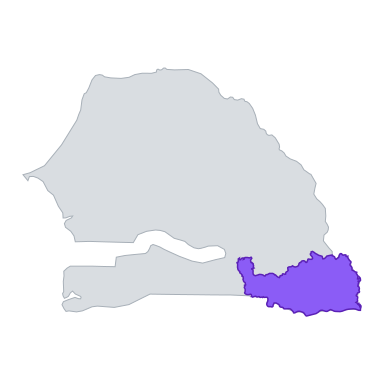 where Kédougou sits in Senegal
{"feature_id": "SEN-5515", "entity_name": "Kédougou", "entity_type": "Region", "adm_level": 1, "iso_a3": "SEN", "parent_name": "Senegal", "parent_adm1": "", "projection": "albers", "projection_center": [-12.553, 12.877], "detail": "fine", "context": "in_parent", "style": "filled", "palette": "violet", "viewbox_px": 384, "rotation_deg": 0, "n_neighbors": 0, "source": "natural_earth", "source_scale": "10m", "svg_char_len": 8466}
<svg xmlns="http://www.w3.org/2000/svg" viewBox="0 0 384 384"><path d="M310.9,174.3L316.1,183.4L315.0,187.8L313.8,194.1L316.7,198.8L320.1,201.8L322.6,204.6L325.3,208.4L325.8,216.0L325.3,221.5L327.0,224.0L328.5,227.1L328.2,229.8L327.3,232.1L324.0,235.1L323.4,240.9L328.8,247.8L332.2,251.5L332.2,253.7L333.2,256.0L335.7,258.8L337.3,258.1L339.0,255.9L339.8,254.3L344.4,255.0L346.6,255.7L349.5,260.2L350.6,263.2L351.4,267.0L354.5,271.7L357.2,275.0L357.7,277.1L360.1,279.9L358.7,286.1L358.9,289.3L357.3,297.7L356.9,301.6L357.0,303.1L360.7,306.1L360.3,310.3L356.6,309.6L350.1,309.1L337.2,311.4L332.7,310.5L324.2,310.8L318.2,312.0L310.5,314.8L304.5,314.1L301.3,311.9L297.0,312.1L292.2,310.9L287.1,308.8L282.5,307.8L277.5,303.9L275.1,303.2L273.5,304.2L272.1,305.5L270.6,306.3L267.9,305.6L266.9,303.0L267.7,300.4L268.0,298.5L266.7,297.4L263.6,297.1L258.7,297.1L250.7,296.3L248.9,295.8L231.0,295.0L212.5,294.9L196.8,294.7L176.9,294.5L163.0,294.3L150.0,294.1L139.9,299.1L128.9,304.6L114.3,307.4L97.4,306.1L92.0,306.8L86.4,309.2L82.3,310.9L76.5,311.9L69.0,310.9L66.0,311.4L64.1,308.8L62.0,304.7L63.4,301.7L68.0,299.8L75.0,297.4L78.5,298.7L80.6,298.8L81.1,297.2L80.4,296.3L75.3,294.0L72.6,291.1L70.4,292.8L68.4,296.3L66.8,297.3L64.4,298.3L63.1,295.9L62.6,293.5L63.7,291.7L63.3,281.4L64.0,276.0L63.8,271.2L67.1,268.1L70.2,266.2L82.2,266.2L93.4,266.2L104.1,266.5L115.1,266.7L116.3,257.2L119.8,256.5L125.0,255.5L134.7,254.5L145.4,253.5L147.8,251.7L149.6,248.5L150.7,245.7L153.0,244.5L156.0,245.5L159.9,247.0L164.0,249.3L168.7,251.5L171.8,252.9L179.3,256.3L192.1,261.1L202.6,263.1L215.4,259.7L224.7,257.6L225.8,253.5L224.4,249.4L217.6,245.7L208.2,246.1L205.4,247.1L201.0,248.3L198.4,248.7L194.0,247.8L188.4,244.6L184.9,241.4L180.0,239.9L174.2,238.3L164.9,231.7L160.1,230.4L155.5,230.0L146.6,231.3L137.9,234.7L133.3,242.6L124.6,242.4L106.2,241.9L89.3,241.4L75.3,241.8L74.0,235.9L70.8,231.3L65.5,227.3L64.4,223.6L66.2,220.4L71.4,217.9L72.7,216.0L69.9,216.3L65.8,217.9L63.1,218.0L62.8,212.9L58.4,206.3L53.5,195.2L47.8,190.6L43.1,181.6L38.0,178.1L33.4,176.4L29.4,176.6L27.9,180.7L23.0,174.7L29.9,172.8L44.5,165.7L61.5,144.9L76.8,120.2L78.8,114.4L80.7,110.0L82.0,99.8L84.2,93.8L86.3,92.7L88.8,88.0L92.0,79.9L95.5,75.5L99.4,74.6L102.3,75.1L104.5,76.8L110.7,77.9L121.1,78.4L129.1,77.3L134.8,74.6L142.3,73.2L151.5,73.3L156.3,72.1L156.8,69.8L158.0,69.1L159.9,70.1L161.8,69.7L163.5,68.1L165.2,68.0L166.8,69.4L174.5,69.9L188.3,69.5L201.0,73.8L212.6,83.0L218.6,89.1L218.9,92.2L220.8,95.3L224.3,98.4L227.5,99.0L230.4,97.0L232.7,97.3L234.3,99.6L237.7,100.1L241.4,98.7L244.0,99.2L244.5,100.6L245.1,101.4L246.9,101.7L249.3,103.5L252.7,108.4L255.4,115.1L257.5,123.8L260.3,128.6L263.8,129.3L265.8,131.1L266.2,133.2L267.2,134.6L268.9,135.4L271.9,134.9L275.3,137.9L279.1,144.2L279.6,147.1L279.1,148.6L279.3,149.8L281.8,150.9L284.1,152.9L286.0,156.1L290.2,158.9L296.5,161.3L301.1,164.9L303.9,169.8L309.7,173.9L310.9,174.3Z" fill="#d9dde1" stroke="#a8b0b8" stroke-width="1"/><path d="M332.0,255.0L332.1,255.7L332.6,255.8L334.0,256.5L334.5,256.8L334.7,257.2L335.0,258.3L335.3,258.7L335.9,259.3L336.2,259.3L336.5,259.0L338.8,257.2L339.0,256.1L339.3,255.0L339.9,254.0L340.7,253.6L341.5,253.7L341.9,254.1L342.2,254.7L342.8,255.1L343.3,255.2L344.4,254.9L345.7,254.9L346.0,255.1L345.9,255.9L346.1,256.5L346.7,256.6L347.4,256.4L347.8,256.2L347.8,257.4L348.2,258.5L349.5,260.4L350.8,261.5L351.0,262.1L350.9,262.7L350.3,263.7L350.0,264.3L350.2,265.3L350.7,266.0L351.4,266.6L351.9,267.4L352.0,269.4L352.2,270.3L353.2,270.5L354.0,271.0L354.6,271.5L355.3,271.9L356.2,272.1L356.8,272.3L356.7,272.7L356.4,273.2L356.3,273.5L357.1,274.6L357.4,275.3L357.6,275.6L357.8,275.8L358.3,276.1L358.2,276.3L357.9,276.5L357.8,276.8L357.8,277.3L357.6,278.4L357.5,278.9L358.3,279.1L359.0,278.8L359.4,278.2L359.5,277.2L360.0,277.7L360.2,278.2L360.4,278.9L360.5,280.4L360.3,280.7L359.9,280.9L359.5,281.3L359.2,281.3L358.9,281.1L358.5,281.0L358.1,281.2L358.1,281.5L358.3,281.9L358.7,282.1L358.8,282.4L358.6,283.0L358.3,283.6L358.1,284.2L358.2,285.1L358.1,285.4L358.0,285.6L357.8,285.9L357.9,286.3L358.1,286.4L358.3,286.4L358.5,286.5L358.8,286.8L359.0,287.2L359.2,287.7L359.3,288.2L359.4,288.9L359.2,289.5L358.9,289.9L358.9,290.2L359.4,291.2L359.5,291.8L359.1,292.5L358.3,292.6L357.6,292.9L357.0,294.4L356.6,294.7L356.3,295.1L356.3,295.9L356.5,296.1L356.9,296.2L357.4,296.5L357.7,297.1L357.7,297.7L357.4,299.5L357.4,300.1L357.6,300.5L357.6,300.9L357.5,301.5L356.4,302.1L356.0,302.4L356.6,302.7L357.0,302.9L357.6,304.0L358.1,304.4L358.0,304.0L358.4,303.4L358.8,303.2L359.1,304.1L359.2,304.6L359.6,305.5L359.7,306.1L360.1,305.4L360.3,305.0L361.0,306.0L360.9,307.3L360.5,308.8L360.4,310.3L358.9,310.3L355.2,309.0L353.4,308.8L348.6,309.2L346.3,309.6L342.1,311.2L340.0,311.6L335.4,311.4L334.3,311.2L331.0,309.7L330.9,309.7L330.4,309.6L330.2,309.7L329.5,310.1L327.4,311.3L326.7,311.4L325.5,311.3L322.2,310.2L320.8,310.3L319.8,310.8L318.0,312.4L316.0,313.6L306.6,316.0L305.7,315.6L304.1,313.2L303.2,312.4L300.8,311.6L299.6,311.3L298.6,311.3L297.7,311.4L296.6,311.9L295.0,312.8L294.6,312.9L293.7,312.9L293.5,312.7L293.5,312.3L293.2,311.7L291.6,310.0L290.7,309.2L289.7,308.8L288.5,308.7L284.9,308.9L283.8,308.7L283.5,308.2L283.2,307.7L282.4,307.3L280.7,307.1L280.2,306.9L279.6,306.4L279.5,305.9L279.6,305.5L279.6,305.3L278.2,304.1L276.1,303.0L274.1,303.0L273.1,305.2L273.0,306.3L272.3,306.9L271.4,306.9L270.4,306.6L269.4,306.7L268.4,306.6L267.6,306.1L267.0,305.2L266.7,304.1L266.9,303.2L267.7,301.3L267.9,300.3L268.0,299.2L267.8,298.1L267.1,297.3L266.2,297.2L265.3,297.3L264.3,297.4L263.3,296.8L262.7,297.5L262.3,297.2L261.9,297.1L261.6,297.2L261.1,297.2L260.4,297.4L260.1,297.4L259.9,297.3L259.4,296.7L259.1,296.6L258.6,296.6L257.7,296.9L257.2,297.0L256.7,296.9L256.1,296.4L255.6,296.3L255.1,296.3L253.5,296.7L253.2,296.8L252.9,297.1L252.6,297.1L252.3,297.0L251.8,296.6L251.6,296.5L251.4,296.5L251.6,295.6L251.2,294.5L250.4,294.2L250.1,294.2L249.8,294.4L249.4,294.5L248.8,294.6L247.5,294.6L246.8,294.5L246.2,294.3L245.5,293.9L245.1,293.6L244.7,293.1L244.6,292.8L244.7,292.5L245.0,292.0L245.1,291.7L245.2,289.6L245.1,289.3L245.0,288.9L244.8,288.4L244.5,288.0L244.3,287.6L244.3,287.3L244.4,287.0L244.5,286.7L244.8,286.2L245.0,286.0L245.0,285.7L244.8,285.4L244.6,285.2L245.0,285.0L245.3,285.0L245.6,284.9L245.6,284.5L245.4,284.1L245.2,282.8L245.0,282.5L244.2,282.0L243.7,281.4L243.5,281.0L243.3,280.1L243.1,279.7L243.0,279.4L243.0,279.1L243.2,278.9L243.3,278.6L243.1,276.8L243.0,276.6L242.8,276.5L242.4,276.4L242.1,276.3L241.9,276.0L242.0,275.8L242.2,275.5L242.3,275.2L242.1,275.0L241.7,274.6L241.3,274.0L240.7,273.4L239.9,272.9L239.8,272.6L239.8,272.3L239.8,271.9L239.8,271.5L239.6,271.3L239.3,271.2L239.0,270.9L238.3,270.1L237.9,269.2L237.8,268.7L237.7,267.8L237.5,267.3L237.5,267.0L237.5,266.7L237.6,266.3L237.6,265.4L237.6,265.0L237.6,263.8L237.5,263.4L237.3,263.2L237.0,263.0L237.0,262.5L238.3,261.9L238.3,258.9L239.3,258.2L239.1,259.2L239.4,259.6L240.1,259.8L240.6,259.7L240.9,259.0L241.2,258.6L242.0,258.2L243.1,257.9L243.8,258.2L243.4,259.4L244.2,259.1L244.6,257.8L245.1,257.5L247.4,257.5L249.5,257.9L250.2,257.6L250.8,257.3L251.3,257.3L251.8,258.3L251.2,259.2L250.8,259.7L250.6,260.1L250.6,261.0L250.8,261.5L250.9,261.9L251.0,262.4L251.2,262.6L251.6,262.5L251.9,262.5L252.1,262.7L252.2,263.1L252.6,263.3L253.0,263.5L253.3,264.0L253.1,264.5L253.4,265.1L253.6,265.8L253.4,266.6L253.3,267.3L254.0,268.0L251.7,268.8L251.7,269.1L252.9,269.6L253.1,271.0L253.0,272.7L253.2,274.2L254.3,275.4L255.4,275.7L257.8,275.0L259.3,274.4L260.2,274.4L261.8,274.6L263.2,275.1L264.2,275.9L265.2,275.9L265.7,275.1L266.1,274.6L267.3,274.6L268.6,273.9L269.5,273.4L272.6,273.4L273.8,273.9L274.7,274.9L275.5,274.9L276.8,276.3L278.3,277.3L279.4,277.6L279.9,276.8L279.9,276.1L280.4,275.6L281.4,275.6L282.2,275.3L282.3,274.3L282.8,273.8L284.0,274.0L284.8,274.3L285.6,274.1L285.6,273.1L286.1,272.1L287.4,271.3L288.2,270.3L287.8,269.0L287.8,267.6L288.7,267.0L289.8,266.8L290.9,266.8L291.9,266.3L292.5,265.8L293.3,266.3L294.2,266.8L295.4,267.0L297.2,266.5L298.2,265.8L298.8,264.7L299.0,263.5L299.7,262.7L300.8,262.5L301.1,261.7L301.9,261.0L303.4,260.7L304.7,261.0L305.5,262.0L306.1,262.5L306.8,262.3L307.1,261.3L307.6,260.7L307.9,259.3L308.5,259.0L310.3,259.3L311.8,259.3L312.6,258.3L312.3,257.0L310.6,255.0L310.3,254.0L311.1,253.2L311.1,251.9L312.4,251.4L314.0,252.3L315.5,253.5L317.1,254.3L318.7,255.3L320.7,255.8L322.1,256.3L322.5,257.5L322.8,258.8L323.9,258.8L325.4,257.8L326.8,256.1L328.8,255.6L332.0,255.0Z" fill="#8b5cf6" stroke="#5b21b6" stroke-width="1.5"/></svg>